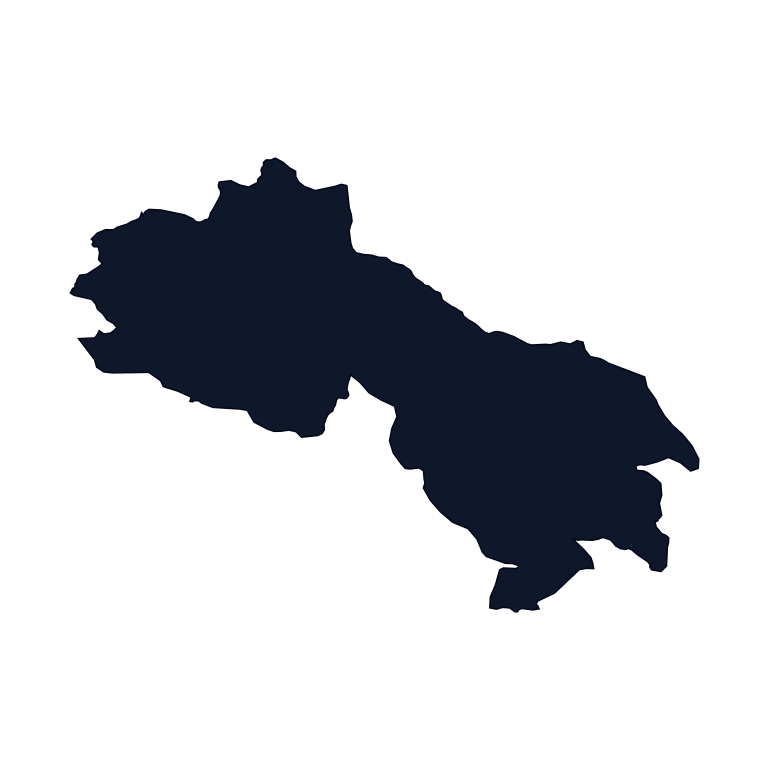 the border of Morogoro, rotated 275°
{"feature_id": "TZA-3379", "entity_name": "Morogoro", "entity_type": "Region", "adm_level": 1, "iso_a3": "TZA", "parent_name": "United Republic of Tanzania", "parent_adm1": "", "projection": "robinson", "projection_center": [37.042, -7.875], "detail": "fine", "context": "isolated", "style": "filled", "palette": "ink", "viewbox_px": 768, "rotation_deg": 275, "n_neighbors": 0, "source": "natural_earth", "source_scale": "10m", "svg_char_len": 4314}
<svg xmlns="http://www.w3.org/2000/svg" viewBox="0 0 768 768"><g transform="rotate(275 384 384)"><path d="M502.8,394.5L501.9,395.7L500.6,398.7L499.7,400.1L498.6,401.1L495.1,403.3L492.9,405.3L491.4,407.5L488.6,412.8L487.8,413.9L486.9,414.7L486.1,415.7L485.8,417.0L485.8,418.6L485.6,419.7L485.2,420.6L481.8,425.2L480.7,427.2L480.3,429.6L479.4,432.0L477.3,433.2L474.8,434.0L472.9,434.9L471.9,436.3L467.2,444.6L465.6,449.1L463.6,452.2L462.9,454.3L462.3,455.4L461.3,456.2L459.3,457.0L458.5,457.6L455.9,461.3L452.1,469.2L449.7,472.8L447.0,475.9L444.3,479.9L443.2,484.4L445.5,489.1L446.1,491.0L446.0,494.3L445.6,497.7L442.4,509.5L436.6,523.0L435.7,527.5L437.6,541.4L437.6,546.5L441.1,556.4L440.0,566.0L444.0,572.6L443.0,578.6L435.5,581.3L429.3,587.1L428.1,596.9L426.5,601.5L424.3,605.7L413.8,643.0L403.7,646.3L391.7,656.4L387.3,658.6L376.7,666.2L367.7,675.3L359.9,685.7L349.1,696.3L336.6,704.1L327.4,704.4L324.0,697.1L331.4,686.2L335.6,673.8L330.1,662.6L325.9,650.9L326.0,646.0L324.3,641.6L322.8,642.5L320.0,643.4L320.0,650.3L318.8,654.1L312.8,663.7L309.4,667.8L308.6,668.5L297.4,670.3L289.2,668.7L277.4,672.1L273.8,669.7L273.0,668.4L271.8,668.8L270.8,667.6L271.2,665.7L265.3,667.6L259.2,673.6L257.9,677.7L255.7,681.0L250.9,681.3L246.0,680.5L227.2,681.3L221.3,676.2L222.2,666.9L224.4,664.9L227.3,664.7L229.9,662.3L235.9,651.6L240.5,645.1L241.5,641.9L240.2,638.7L240.7,633.8L242.8,629.1L248.3,623.5L250.3,615.8L248.0,610.6L246.5,605.2L246.0,594.3L245.4,591.2L245.4,588.7L246.2,587.2L245.8,585.7L237.1,596.8L229.1,605.2L223.8,607.5L218.4,609.0L218.0,601.7L216.1,594.7L190.5,572.0L181.2,556.1L178.3,554.6L176.1,556.7L173.5,558.1L171.9,552.1L172.4,541.1L171.2,538.1L168.7,536.8L168.5,534.3L171.9,528.7L171.8,521.8L169.5,515.6L170.2,508.9L181.1,508.5L193.4,512.5L208.9,515.4L211.1,519.0L211.7,532.0L214.6,534.8L216.3,527.9L216.0,520.5L221.1,501.0L225.1,496.7L237.6,490.1L247.2,480.4L252.2,464.5L261.5,451.4L272.0,440.4L283.8,432.3L288.8,433.4L293.2,432.2L301.0,430.9L303.4,426.4L302.5,421.2L301.8,418.7L301.6,416.1L301.7,414.1L301.9,412.4L306.1,407.9L316.0,399.3L327.9,394.4L340.6,395.8L352.5,399.8L362.8,396.5L367.7,382.8L373.8,370.0L383.5,359.9L390.1,350.0L387.3,349.3L385.9,349.3L385.5,349.2L383.5,348.2L376.7,347.5L375.6,347.5L373.7,348.3L371.8,349.3L369.7,349.7L367.3,348.5L366.2,347.1L366.0,345.5L366.5,340.6L366.4,340.1L366.0,339.5L365.2,338.8L364.3,338.3L362.2,337.8L358.7,337.4L356.1,336.1L352.9,335.3L352.3,335.0L351.1,333.2L348.7,331.0L345.9,329.7L339.7,328.0L337.9,327.8L334.9,328.4L333.1,328.5L329.1,326.5L326.8,322.0L323.8,306.5L328.8,300.6L329.8,293.4L328.1,286.0L327.2,278.5L329.0,271.6L334.7,257.9L345.8,250.1L346.5,243.2L345.8,215.6L349.0,204.2L351.1,200.9L351.0,197.0L349.5,194.6L349.9,192.1L351.8,192.7L353.7,193.1L355.2,190.3L356.1,187.1L358.9,179.4L362.2,164.4L367.8,161.2L375.1,148.7L371.4,112.5L371.6,103.8L375.7,96.3L382.9,93.6L402.6,75.7L404.7,91.9L408.8,94.3L412.4,95.7L409.6,100.2L410.1,104.2L410.6,105.2L410.6,106.6L413.6,110.3L417.2,113.0L420.9,108.9L423.5,102.7L429.3,97.9L433.6,92.0L438.5,89.8L442.8,85.4L445.3,67.7L447.3,63.6L451.6,65.3L452.4,65.9L452.7,67.0L454.5,67.8L456.6,67.5L458.9,68.9L461.2,69.2L465.8,71.3L467.4,78.4L476.2,89.8L479.4,92.9L483.1,88.8L490.2,89.2L495.7,87.2L495.5,82.9L497.5,81.0L500.8,82.1L502.9,79.8L509.4,85.3L513.5,93.2L513.7,97.6L514.5,101.8L517.0,104.7L520.6,113.7L524.1,118.8L525.7,122.5L527.7,125.8L531.3,127.1L534.4,127.7L532.4,128.1L531.6,129.4L535.1,131.3L537.5,134.7L537.9,147.1L535.1,170.5L531.7,179.6L529.2,182.6L529.1,186.0L528.6,185.9L529.9,188.4L531.6,190.9L532.9,194.4L535.4,195.7L539.3,196.3L543.2,198.5L556.8,204.3L560.0,204.7L563.1,204.0L564.4,202.8L565.9,201.9L568.5,201.7L570.9,202.3L573.2,213.8L569.7,222.9L568.4,232.0L573.7,240.5L576.7,240.4L579.1,242.1L580.4,243.5L582.0,244.3L584.1,243.7L586.2,242.8L588.9,243.5L591.0,245.0L594.4,244.7L596.9,247.0L597.4,252.4L598.7,254.2L599.5,256.2L596.1,264.0L591.2,270.9L588.2,277.4L582.8,278.1L577.8,281.5L574.0,287.2L570.7,298.6L576.5,317.7L579.2,324.2L578.4,329.7L556.6,334.0L550.0,336.6L543.3,338.0L538.5,336.7L533.6,336.0L521.6,338.6L516.4,340.7L512.3,344.8L511.2,352.5L511.3,360.5L509.8,367.7L510.1,375.2L509.5,375.9L508.7,377.2L508.2,378.4L507.7,378.7L507.3,379.2L506.5,380.4L506.1,381.2L504.6,387.7L504.2,391.2L503.8,393.0L502.8,394.5Z" fill="#0f172a" stroke="#020617" stroke-width="1.5"/></g></svg>